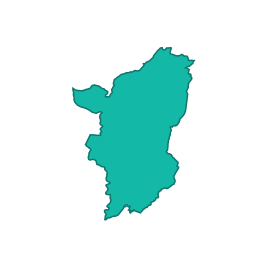 Tepetzintla, Puebla, Mexico, rotated 119°
{"feature_id": "50627088B29131736368652", "entity_name": "Tepetzintla", "entity_type": "district", "adm_level": 2, "iso_a3": "MEX", "parent_name": "Mexico", "parent_adm1": "Puebla", "projection": "mercator", "projection_center": [-97.853, 19.942], "detail": "fine", "context": "isolated", "style": "filled", "palette": "teal", "viewbox_px": 256, "rotation_deg": 119, "n_neighbors": 0, "source": "geoboundaries", "source_scale": "gbopen_adm2", "svg_char_len": 5823}
<svg xmlns="http://www.w3.org/2000/svg" viewBox="0 0 256 256"><g transform="rotate(119 128 128)"><path d="M60.0,96.4L59.8,96.7L58.8,96.8L57.3,96.4L55.2,96.1L54.0,96.1L53.3,96.5L52.7,97.2L52.9,98.1L52.7,98.4L51.8,98.3L50.7,99.0L50.7,100.3L51.3,100.9L51.4,101.3L51.2,101.6L50.2,102.1L49.7,102.1L49.0,102.4L47.2,102.8L47.1,103.7L47.3,105.2L47.2,106.1L47.4,106.8L45.1,105.3L44.3,104.4L43.0,103.7L41.3,103.3L40.7,102.8L40.1,102.6L38.6,103.1L37.0,102.8L37.5,103.7L37.9,105.2L38.4,105.7L39.4,107.4L39.2,108.1L37.9,109.1L37.3,109.9L36.8,110.6L36.6,111.3L37.1,112.3L37.6,112.9L37.7,114.4L38.0,114.8L37.3,115.8L37.4,116.2L37.6,116.6L39.9,118.1L40.7,119.4L41.5,120.8L42.0,124.7L42.3,125.5L42.5,125.9L42.6,126.7L42.4,127.2L42.1,127.5L39.2,128.5L37.9,128.6L37.1,129.0L37.0,129.4L37.1,129.8L38.0,130.8L39.3,133.0L39.6,133.2L40.3,133.3L40.8,133.2L41.5,133.3L42.0,133.7L42.3,134.8L42.3,135.9L42.2,136.3L41.2,136.9L42.3,138.4L43.3,138.7L44.1,138.8L44.3,139.0L44.8,139.0L45.9,139.6L47.5,139.7L49.0,140.1L52.8,140.6L53.6,140.4L54.3,140.1L55.7,140.8L58.9,141.7L59.6,142.2L60.8,143.4L61.7,143.9L63.2,144.0L63.6,144.3L63.9,145.4L64.4,145.7L64.7,144.9L65.4,144.4L70.8,145.5L72.1,145.9L72.4,146.1L73.8,147.9L74.4,149.9L77.4,151.8L77.6,152.2L77.5,152.7L77.6,153.0L79.0,153.9L79.8,155.0L80.3,156.1L80.8,156.5L81.3,156.7L83.4,158.6L84.0,159.4L84.5,159.9L87.4,161.1L88.9,162.0L89.4,162.2L90.2,162.3L90.9,162.6L91.7,163.2L92.2,163.4L94.0,163.0L96.4,162.3L96.7,161.8L97.0,160.7L97.6,160.5L98.3,161.0L101.5,160.7L101.9,161.0L102.2,161.0L103.6,159.9L104.4,159.1L104.8,159.0L105.5,159.1L106.5,159.5L107.5,159.6L109.9,159.4L110.3,159.7L110.4,161.0L111.6,162.6L111.6,162.9L111.2,163.2L109.8,163.5L109.2,163.4L108.4,162.8L107.7,162.7L106.3,163.1L106.0,163.5L105.9,164.4L106.0,166.0L105.4,167.8L105.5,168.2L105.9,169.3L106.0,170.0L105.7,172.1L105.5,172.7L105.4,173.3L106.0,175.8L106.5,177.0L106.4,177.9L106.7,178.4L107.5,179.0L107.9,179.1L108.0,179.9L109.6,180.3L110.3,180.1L111.1,180.2L111.8,180.6L112.5,181.3L113.5,181.7L113.8,182.1L113.8,182.7L114.4,183.0L114.9,183.7L115.4,183.8L116.3,184.9L116.7,184.9L116.7,185.4L117.6,185.9L119.4,189.8L120.1,191.8L120.2,193.3L119.9,195.4L121.0,194.9L121.9,194.2L122.6,193.4L123.6,192.6L125.6,191.8L125.8,191.2L126.6,190.7L127.3,190.0L128.3,189.4L129.7,188.8L131.2,186.9L132.1,184.4L132.1,183.9L132.5,183.0L132.4,180.3L132.2,178.7L132.2,178.3L131.8,177.5L131.1,172.5L131.4,167.5L131.6,166.9L131.2,165.8L130.7,163.5L130.6,163.0L128.8,161.7L127.4,160.4L127.0,159.4L127.0,158.3L128.4,158.5L128.7,158.7L130.5,158.7L131.9,158.2L132.7,157.6L132.9,157.2L133.3,157.1L133.6,156.2L134.0,156.2L134.7,155.7L136.0,155.0L136.5,155.1L137.6,154.7L138.0,154.3L138.4,153.4L138.7,151.2L138.8,151.0L140.0,151.2L141.7,151.8L142.7,151.6L144.1,149.1L145.3,149.8L146.0,149.8L146.7,148.8L146.9,148.6L147.8,148.6L147.9,149.1L149.3,151.2L150.4,154.0L152.3,157.8L154.0,157.6L163.2,157.1L163.2,156.7L163.4,156.3L163.9,155.6L163.9,154.3L164.3,153.0L164.4,150.8L164.9,150.0L166.4,150.0L166.7,149.8L167.7,150.0L168.8,150.0L170.4,149.1L172.3,148.8L173.4,148.2L174.5,147.1L174.4,145.6L172.4,143.6L172.2,142.5L172.0,141.0L172.4,139.9L174.7,137.8L175.0,137.3L174.8,136.7L174.4,136.1L174.4,135.6L174.5,134.0L174.5,132.2L174.3,131.4L174.0,130.9L173.8,130.5L173.6,129.7L173.7,129.3L174.4,128.6L175.2,128.5L175.5,128.3L176.3,125.7L177.2,124.5L177.9,124.2L178.8,124.0L179.7,123.4L181.0,123.1L182.1,122.9L182.8,122.7L183.2,122.2L184.3,121.4L184.6,120.5L184.4,117.6L184.7,117.2L185.1,117.0L185.7,117.4L187.7,119.0L188.0,119.4L188.7,119.5L189.1,119.2L190.3,116.9L191.0,116.0L192.1,115.6L193.9,115.9L195.5,116.0L196.2,115.6L196.4,114.9L196.4,114.2L195.7,112.8L195.1,111.8L194.9,111.2L195.3,110.9L195.5,110.8L197.9,109.7L198.2,109.4L198.4,108.9L200.1,107.8L201.5,107.3L202.4,107.3L205.4,108.4L206.5,108.4L206.8,108.4L207.1,107.6L207.0,106.0L207.3,105.7L208.1,105.5L208.6,105.5L209.5,106.0L210.0,107.2L210.8,108.2L211.5,108.5L211.9,108.4L212.9,107.5L213.7,105.7L214.3,105.0L214.6,105.0L215.7,105.2L216.2,105.1L216.8,104.7L219.1,104.0L219.4,103.8L219.4,103.6L219.3,103.4L218.7,102.7L218.3,102.5L217.8,102.6L216.9,102.4L216.3,101.9L215.9,101.6L215.8,100.9L215.5,100.7L215.4,100.4L212.7,98.5L211.1,96.2L209.6,94.9L208.4,94.4L201.0,93.1L199.1,93.3L198.1,92.2L198.3,93.4L197.7,93.4L196.8,92.8L195.6,91.5L196.7,89.6L196.4,89.5L195.5,88.2L197.2,88.0L198.3,87.5L199.5,87.7L199.2,86.5L199.6,86.5L201.0,85.4L201.2,84.7L200.6,84.4L200.0,84.8L198.8,85.1L198.8,83.4L197.7,83.3L197.4,83.6L196.6,82.9L196.9,82.5L197.1,81.6L196.2,76.0L191.2,75.0L190.5,74.6L190.5,74.4L190.1,74.5L188.6,73.7L188.3,72.8L185.6,72.5L184.6,71.1L183.6,70.8L182.0,72.0L179.5,69.8L177.5,69.2L175.5,69.5L174.5,68.0L174.3,67.9L173.4,67.9L172.8,68.8L171.9,69.1L170.9,70.2L169.7,69.8L168.5,70.2L168.1,69.9L167.7,69.7L167.2,69.0L167.0,68.9L166.1,68.9L165.7,69.3L162.5,66.7L162.3,65.0L162.0,64.5L160.8,63.6L160.2,63.4L159.6,63.0L159.0,62.8L158.4,62.7L158.0,62.3L156.6,61.9L154.8,60.6L154.4,61.0L153.7,60.7L152.4,60.8L151.3,61.3L150.7,61.7L149.6,63.5L148.7,63.9L148.4,64.3L147.6,64.5L143.2,64.6L138.6,64.4L137.7,64.8L137.7,66.7L136.1,66.7L135.1,67.2L134.1,67.3L133.7,68.0L133.5,68.9L132.8,71.2L132.7,72.2L132.1,72.8L132.0,74.7L131.8,74.9L131.5,75.9L130.8,76.2L130.4,77.2L130.5,79.4L130.8,80.0L131.0,81.1L130.8,81.3L130.8,81.7L130.6,82.3L130.2,83.0L129.3,82.9L128.8,82.8L128.5,82.9L127.8,82.8L127.4,83.2L126.6,83.4L125.1,84.1L123.8,84.6L123.0,85.2L122.3,85.5L121.1,85.7L119.6,86.6L118.1,86.6L116.9,87.2L114.2,87.7L113.1,87.7L112.8,88.2L111.7,88.7L109.1,89.0L108.8,89.1L107.0,91.2L106.3,91.5L105.6,89.6L104.6,89.6L104.0,89.3L103.8,89.1L103.3,87.7L102.9,87.7L102.6,87.5L102.3,87.2L102.2,86.6L100.6,86.5L100.0,86.2L98.8,86.1L97.7,86.4L96.1,86.5L95.2,87.1L94.7,86.8L90.4,85.7L88.0,85.6L85.9,85.9L83.8,86.5L69.5,92.2L67.6,94.7L63.1,95.0L62.3,95.7L60.0,96.4Z" fill="#14b8a6" stroke="#0f766e" stroke-width="1.5"/></g></svg>